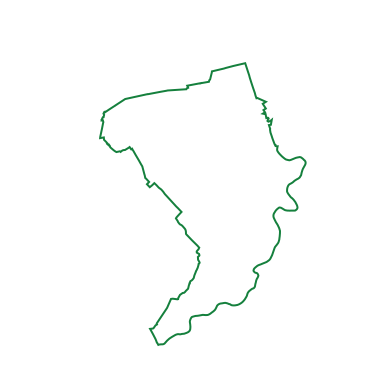 Vista Hermosa, Michoacán, Mexico, rotated 141°
{"feature_id": "50627088B54691877593336", "entity_name": "Vista Hermosa", "entity_type": "district", "adm_level": 2, "iso_a3": "MEX", "parent_name": "Mexico", "parent_adm1": "Michoacán", "projection": "mercator", "projection_center": [-102.458, 20.263], "detail": "fine", "context": "isolated", "style": "outline", "palette": "green", "viewbox_px": 384, "rotation_deg": 141, "n_neighbors": 0, "source": "geoboundaries", "source_scale": "gbopen_adm2", "svg_char_len": 5837}
<svg xmlns="http://www.w3.org/2000/svg" viewBox="0 0 384 384"><g transform="rotate(141 192 192)"><path d="M96.7,173.6L97.1,173.9L98.1,175.1L98.1,175.7L97.5,176.1L97.7,176.9L97.7,177.3L95.7,183.2L94.8,185.5L93.6,188.8L92.1,191.4L91.5,191.9L90.1,195.6L88.4,194.6L84.6,197.9L86.8,197.9L86.9,198.0L87.1,198.2L88.3,198.5L88.7,199.6L88.6,199.8L86.7,200.9L86.3,200.8L86.1,201.5L86.3,202.0L87.7,202.7L85.8,206.2L86.1,206.4L87.6,208.3L85.1,208.0L84.9,210.7L82.1,210.4L81.5,216.0L77.8,215.6L82.1,224.0L82.9,224.3L82.0,226.9L80.9,229.3L78.9,234.8L77.0,239.8L75.1,244.6L74.1,246.8L72.9,250.0L71.4,253.9L69.6,258.6L80.3,263.8L87.6,267.1L89.4,267.8L100.6,273.2L100.8,273.0L101.4,272.4L107.2,268.0L108.2,268.0L109.5,267.0L112.0,268.4L116.3,270.8L116.8,271.0L116.7,271.1L116.9,271.2L128.8,277.6L129.2,275.8L129.4,275.4L130.4,275.8L130.8,275.8L131.7,275.4L147.0,286.2L148.2,286.8L153.1,289.5L164.8,295.8L164.9,296.0L185.4,306.3L204.9,308.3L209.4,308.7L209.3,309.2L210.1,309.3L210.3,309.0L210.8,308.9L211.4,308.7L211.5,308.5L211.7,307.3L212.5,306.7L212.9,306.4L213.6,305.8L214.2,306.2L215.6,305.6L215.6,305.3L216.0,304.6L216.6,304.8L216.6,304.7L217.2,304.4L216.3,303.5L216.9,302.1L217.5,301.7L219.3,300.2L221.8,298.1L228.6,292.6L229.5,291.7L226.2,289.9L226.8,289.0L227.5,287.9L227.2,284.9L227.2,284.7L227.1,282.5L227.6,282.6L227.3,280.6L226.8,280.7L226.9,279.3L227.4,278.2L227.1,276.5L226.6,273.8L226.2,272.2L225.6,270.6L223.8,269.7L222.6,269.1L222.2,268.7L222.2,268.1L220.2,268.1L219.1,267.8L218.5,267.4L217.6,266.8L213.2,266.2L212.2,266.2L212.2,265.5L212.4,264.3L212.4,263.4L211.3,263.3L211.6,262.0L211.7,260.8L212.5,256.1L213.4,250.0L213.7,248.3L214.2,245.4L214.5,243.2L218.0,235.4L218.2,234.8L219.4,232.5L219.5,232.0L219.3,231.6L219.0,226.8L222.1,226.4L221.8,222.3L218.7,222.3L215.7,222.6L215.3,219.7L215.1,216.3L214.3,213.2L214.2,210.4L214.4,207.5L214.2,204.5L213.4,190.9L213.2,189.1L213.1,188.5L212.7,183.1L217.0,182.5L218.3,182.3L220.1,182.0L221.1,181.6L221.4,178.4L221.7,177.6L221.8,175.6L221.7,174.4L221.0,172.8L220.8,171.7L220.7,169.0L220.7,167.5L221.0,166.3L221.7,165.0L222.9,163.4L223.1,162.8L222.4,154.5L221.5,146.5L221.5,145.0L221.4,144.2L223.0,143.4L224.3,143.2L225.7,142.9L226.4,141.9L225.5,139.4L226.0,138.2L226.5,137.9L228.3,137.8L229.9,135.5L230.3,132.9L230.6,132.2L231.2,132.0L232.0,132.0L232.2,131.9L232.2,131.7L234.3,130.2L235.5,129.4L236.8,128.8L237.3,128.5L238.9,127.9L239.0,127.7L242.6,125.7L244.6,124.2L245.2,123.9L247.2,123.5L248.2,123.5L249.3,123.7L251.3,122.7L251.2,122.4L253.1,121.5L253.3,121.3L255.9,119.3L259.0,119.0L260.3,118.7L261.7,118.7L262.8,119.4L266.1,119.6L269.5,118.2L269.9,117.8L270.2,117.5L270.9,117.8L274.1,121.2L275.6,122.1L284.3,117.6L302.0,112.1L302.4,111.8L302.5,111.7L302.6,111.1L304.2,111.3L304.3,111.3L307.5,110.4L308.0,110.4L308.2,110.5L308.8,110.8L310.7,112.0L311.8,106.0L312.9,100.7L313.4,99.0L313.9,97.6L314.1,97.0L314.0,96.6L314.4,94.4L313.7,94.2L313.2,93.9L312.5,93.5L311.7,92.9L310.5,92.0L310.1,91.8L309.4,91.6L308.8,91.5L308.1,91.6L305.2,92.1L304.1,92.2L301.7,92.3L298.8,92.0L295.0,91.4L294.2,91.2L293.2,90.8L292.8,90.6L292.4,90.4L291.5,89.6L291.1,89.1L290.4,88.6L289.1,88.0L287.3,86.8L284.8,85.9L283.9,85.7L283.1,85.5L282.3,85.5L281.4,85.6L280.8,85.8L279.7,86.5L278.1,88.2L276.8,90.1L275.5,92.3L274.9,93.0L274.2,93.5L273.2,94.1L272.4,94.5L271.5,94.8L271.1,94.9L270.7,94.9L269.8,94.6L267.3,93.5L265.6,92.3L264.4,91.6L262.2,90.4L261.4,90.0L260.8,89.6L258.9,87.8L258.1,87.2L257.4,86.7L256.8,86.4L256.1,86.2L255.1,86.0L254.1,85.9L252.6,85.9L251.3,85.8L249.8,85.8L248.0,86.0L246.1,86.8L243.9,87.9L242.4,88.0L241.6,87.9L240.8,87.7L240.1,87.4L239.4,87.0L238.8,86.6L236.6,85.4L235.8,84.8L235.4,84.3L234.5,83.1L234.1,82.3L233.7,81.6L233.2,81.0L232.8,80.1L232.7,79.5L232.2,78.8L231.4,78.0L230.7,77.4L229.7,76.7L227.7,75.6L226.1,75.1L224.3,74.8L222.7,74.7L221.1,74.8L218.6,75.3L216.4,76.1L215.3,76.5L214.4,77.0L212.7,78.2L211.5,78.7L210.0,79.0L207.4,79.0L206.1,78.9L205.5,78.7L205.1,78.5L204.4,78.4L203.7,78.5L203.1,78.7L202.5,79.0L200.9,80.4L200.3,80.9L199.8,81.2L197.8,82.8L196.6,83.5L195.7,83.9L194.9,84.1L193.5,84.9L193.0,85.3L192.7,86.1L192.5,87.0L192.5,87.8L192.9,88.6L193.5,89.3L193.8,90.1L193.9,91.3L193.8,92.0L193.4,92.5L192.9,92.7L192.5,93.1L191.4,93.4L190.1,93.5L187.6,93.5L186.6,93.3L185.5,93.0L184.2,92.5L183.1,92.2L180.5,91.4L178.2,90.7L177.2,90.6L175.0,90.5L174.1,90.6L173.0,90.9L169.5,92.5L163.1,96.5L162.3,96.9L161.7,97.1L159.3,97.6L157.1,98.2L156.1,98.7L155.4,99.2L154.1,100.1L153.2,101.0L151.8,102.3L149.6,104.6L148.1,106.4L147.7,107.4L147.2,108.5L146.8,109.8L146.1,112.8L145.8,115.6L145.5,117.0L145.2,118.4L144.7,120.4L144.3,121.4L143.5,122.5L142.6,123.3L141.7,123.8L140.2,124.3L139.4,124.6L138.3,124.9L136.7,125.1L135.4,125.1L134.4,125.1L133.8,124.9L133.2,124.3L132.8,123.8L132.5,123.1L132.0,121.8L131.7,120.9L131.3,119.8L131.0,119.2L130.5,118.6L129.9,117.9L129.1,117.1L127.4,115.7L126.2,114.8L124.1,113.1L123.5,112.7L123.1,112.6L122.0,112.6L121.5,112.6L120.7,112.9L120.1,113.2L119.6,113.8L119.2,114.6L118.8,115.5L118.0,119.3L118.0,120.2L117.9,122.0L118.0,123.2L118.1,124.2L118.4,125.2L118.5,126.2L118.4,129.5L118.3,130.6L118.1,131.6L117.9,132.4L117.3,133.2L116.6,134.0L115.8,134.8L114.9,135.5L114.0,136.0L113.2,136.4L112.4,136.6L111.6,136.7L110.9,136.6L109.5,136.3L107.9,136.1L107.1,136.1L105.3,136.2L104.3,136.1L103.3,136.0L102.5,135.9L101.9,135.7L101.2,135.6L99.5,135.5L98.9,135.6L98.0,136.0L97.1,136.2L96.5,136.5L95.9,137.0L94.4,138.2L93.2,139.0L92.0,139.8L91.0,140.3L86.8,142.0L85.9,142.6L85.3,143.2L84.7,144.3L84.6,145.3L84.6,145.8L84.8,146.3L84.8,146.9L84.9,147.9L85.4,150.1L85.8,150.7L86.2,151.3L88.0,152.3L89.0,152.8L89.9,153.2L94.9,154.7L95.8,155.1L96.4,155.4L96.9,156.0L98.0,157.4L98.6,158.3L98.9,159.3L99.3,161.0L99.7,163.2L100.0,166.5L100.0,168.5L99.8,170.0L99.7,170.5L99.4,171.1L98.7,171.9L97.6,172.9L96.7,173.6Z" fill="none" stroke="#15803d" stroke-width="2"/></g></svg>